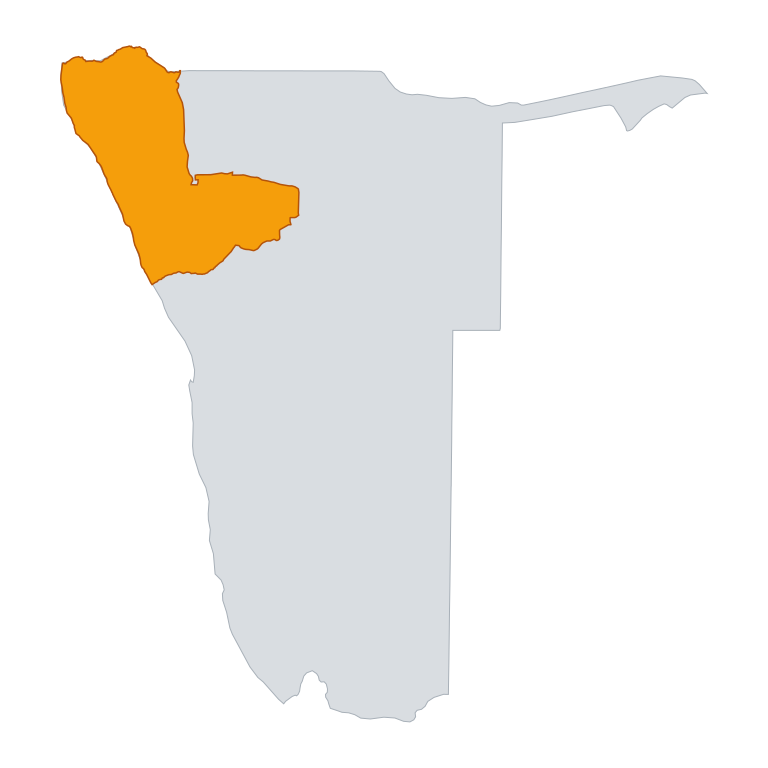 Kunene on a map of Namibia (Natural Earth projection)
{"feature_id": "NAM-3347", "entity_name": "Kunene", "entity_type": "Region", "adm_level": 1, "iso_a3": "NAM", "parent_name": "Namibia", "parent_adm1": "", "projection": "natural_earth1", "projection_center": [13.973, -19.069], "detail": "fine", "context": "in_parent", "style": "filled", "palette": "amber", "viewbox_px": 768, "rotation_deg": 0, "n_neighbors": 0, "source": "natural_earth", "source_scale": "10m", "svg_char_len": 7647}
<svg xmlns="http://www.w3.org/2000/svg" viewBox="0 0 768 768"><path d="M617.7,84.9L627.9,82.6L637.7,80.3L649.1,78.1L658.2,76.4L660.5,75.9L682.3,78.0L691.9,79.4L695.1,80.8L699.4,84.5L707.2,93.5L705.2,93.1L690.5,95.0L684.9,97.5L672.2,108.1L669.6,106.7L666.6,104.5L664.1,103.9L658.6,106.4L653.1,109.5L647.0,113.8L641.9,118.0L640.3,120.3L632.3,129.0L629.8,130.4L627.5,131.0L626.6,130.6L625.7,126.9L621.0,118.1L613.5,106.6L611.2,105.5L609.7,105.1L604.0,105.6L587.4,108.9L573.4,111.6L551.9,116.3L528.9,120.1L514.7,122.4L502.4,123.0L502.3,134.4L502.1,157.4L501.8,180.3L501.6,203.3L501.4,226.3L501.1,249.3L500.9,272.2L500.7,295.2L500.4,318.2L500.3,328.3L499.8,330.4L492.8,330.4L477.0,330.4L463.6,330.4L452.8,330.4L452.7,344.1L452.5,360.2L452.3,376.4L452.2,392.6L452.0,408.7L451.8,424.9L451.7,441.1L451.5,457.2L451.3,473.4L451.2,485.6L451.1,487.0L450.8,510.7L450.5,535.8L450.2,560.9L449.9,586.0L449.5,611.1L449.2,636.2L448.9,661.3L448.5,686.4L448.4,694.4L443.6,694.3L434.0,697.4L427.8,701.4L425.1,706.3L421.5,709.3L417.1,710.3L415.1,712.8L415.6,716.8L413.8,719.8L409.9,721.9L403.6,721.3L394.9,718.0L383.8,717.2L370.3,719.0L360.7,718.1L354.8,714.7L348.6,712.8L342.0,712.3L338.1,710.9L330.3,708.3L328.8,704.0L327.9,700.7L325.7,697.2L325.5,694.4L327.3,692.3L327.5,688.9L326.3,684.1L324.2,681.8L321.1,682.0L319.2,680.1L318.4,676.4L316.6,673.6L312.3,670.7L306.6,672.9L303.8,676.1L302.2,681.3L300.8,683.9L300.0,688.2L299.6,691.2L298.1,694.4L296.6,695.8L295.1,695.2L292.1,696.5L285.6,701.3L283.7,703.8L278.5,699.2L263.3,682.0L257.9,677.5L250.0,667.0L232.4,634.3L229.9,628.0L226.6,612.2L222.8,600.5L222.4,593.7L224.2,589.9L223.1,584.7L221.1,580.1L215.1,574.0L213.4,553.7L209.4,540.5L210.3,529.7L208.4,519.8L208.2,513.5L209.1,501.5L205.9,487.6L199.3,474.1L193.4,454.6L192.6,446.0L193.2,423.0L192.1,413.7L192.1,402.6L189.8,391.2L188.8,385.0L190.5,380.0L191.5,381.6L193.2,382.3L194.3,375.8L194.6,370.0L191.7,355.7L185.0,341.1L168.5,317.3L164.5,308.2L162.2,300.7L143.7,269.3L135.8,247.2L130.3,228.1L124.2,219.3L96.3,157.3L90.1,147.4L79.0,135.5L76.4,131.6L72.1,120.3L63.7,105.2L61.6,91.1L61.0,75.1L62.0,62.9L69.6,61.6L74.9,58.3L79.7,58.1L84.4,60.6L89.4,60.8L91.4,60.4L100.4,60.8L105.6,57.9L111.7,54.9L115.3,52.4L120.2,49.7L126.8,47.0L130.6,47.2L135.2,48.2L141.3,49.3L144.7,51.1L148.8,56.8L155.2,62.0L159.8,65.1L165.2,69.1L166.8,70.7L169.2,71.6L170.6,71.8L180.6,71.2L189.6,70.6L199.3,70.7L217.6,70.7L235.9,70.7L254.1,70.8L272.4,70.8L290.7,70.8L309.0,70.9L327.2,70.9L345.5,70.9L353.0,70.9L366.0,71.1L379.8,71.3L381.3,71.6L382.8,72.7L384.1,73.7L388.9,80.9L395.0,88.4L400.2,92.0L406.3,94.0L412.1,94.8L417.5,94.3L426.4,95.3L438.9,97.7L451.9,98.4L465.4,97.4L474.9,98.8L480.3,102.4L485.9,104.9L491.6,106.2L499.4,105.4L509.2,102.6L517.6,103.0L521.4,105.1L523.7,105.1L538.1,102.2L549.7,99.8L567.1,96.0L581.4,92.8L602.7,88.2L617.7,84.9Z" fill="#d9dde1" stroke="#a8b0b8" stroke-width="1"/><path d="M129.9,46.1L130.8,46.8L131.5,46.4L131.8,46.8L132.1,47.3L132.6,47.6L133.7,47.8L134.3,47.8L134.8,47.6L134.8,48.0L136.0,47.4L136.7,47.2L137.1,47.4L137.4,47.4L138.5,47.1L139.4,46.8L140.2,47.2L141.9,48.5L142.8,48.8L143.9,48.9L144.9,49.4L145.6,50.2L146.3,52.4L147.0,53.2L147.4,54.1L146.9,55.7L151.0,58.2L155.2,62.1L159.8,65.0L164.3,67.9L164.9,68.5L167.0,71.8L167.7,72.4L168.9,72.7L169.4,72.5L170.2,72.0L170.6,71.9L171.2,71.9L172.1,72.2L173.1,72.4L173.9,72.7L174.4,72.7L175.0,72.5L175.7,72.0L176.0,71.9L178.1,72.3L179.2,72.1L179.6,70.9L179.7,70.7L180.2,70.7L180.3,70.7L180.2,71.9L180.1,72.4L180.4,72.8L180.1,73.8L179.2,75.7L178.8,76.9L177.3,79.4L176.3,80.7L176.4,82.2L178.4,83.5L178.7,84.8L178.5,86.3L178.3,87.4L177.9,88.3L177.0,89.4L177.6,92.0L182.3,102.7L183.6,109.6L184.4,130.6L184.0,138.5L184.2,142.4L186.2,149.1L187.5,152.2L188.3,155.4L187.5,161.1L187.1,166.9L189.1,173.5L190.1,175.0L191.4,176.2L192.5,178.2L192.7,180.7L192.2,181.6L191.6,182.4L191.1,184.7L197.1,184.9L198.0,182.8L198.1,179.8L195.4,179.9L195.2,177.5L195.3,175.3L197.5,174.8L210.7,174.7L221.6,173.0L224.6,173.7L227.4,173.9L232.5,172.2L232.4,175.2L241.2,175.1L243.0,174.9L244.9,175.2L250.9,176.9L254.9,177.4L256.7,177.3L258.4,177.7L262.1,180.0L267.9,181.0L271.2,181.9L273.9,182.3L280.3,184.4L289.1,185.9L292.0,185.9L295.0,186.8L297.8,188.5L298.4,189.1L298.5,190.0L298.9,192.4L298.3,213.0L298.7,215.2L296.0,217.2L294.7,217.6L290.5,217.6L290.2,217.7L290.1,217.9L290.0,221.1L290.1,221.6L290.8,224.1L290.9,224.6L290.6,224.7L290.1,224.8L288.7,224.7L280.2,229.5L279.7,230.1L279.5,230.5L279.6,235.0L279.8,237.0L279.8,237.6L279.7,238.3L279.5,239.0L278.9,239.5L278.3,240.0L277.6,240.3L276.8,240.5L276.1,240.4L275.3,239.7L274.6,239.5L273.9,239.4L273.3,239.5L272.9,239.7L270.5,240.9L270.0,241.0L267.1,241.0L266.6,241.1L263.3,242.6L261.7,243.8L261.1,244.5L258.0,248.4L257.3,249.0L254.4,250.4L253.7,250.6L253.0,250.5L249.1,249.6L245.8,249.4L243.7,248.9L241.7,248.1L240.7,247.6L240.0,246.9L239.6,246.3L239.3,245.9L238.9,245.6L235.5,245.2L235.1,245.7L234.8,246.4L233.6,247.8L231.0,251.8L230.6,252.1L224.0,259.0L223.5,259.7L223.2,260.5L223.0,260.8L220.7,262.3L219.7,262.9L217.1,265.2L216.7,265.8L216.4,266.0L215.6,266.4L215.4,266.5L215.0,267.4L214.8,267.7L214.5,267.9L214.2,268.0L213.7,268.3L213.5,268.7L213.3,269.1L213.1,269.3L212.9,269.5L212.3,269.6L211.4,269.6L211.1,269.7L210.9,269.8L209.8,270.8L208.7,271.5L208.3,271.8L207.8,272.5L207.5,272.7L207.2,272.9L206.8,273.0L206.0,273.3L204.7,273.9L204.4,274.0L203.4,274.0L203.0,274.1L202.3,274.3L202.0,274.3L200.5,274.1L197.8,274.1L197.5,274.1L195.7,273.2L195.4,273.1L195.0,273.1L194.6,273.2L194.0,273.4L192.7,273.4L191.5,273.6L191.2,273.6L191.0,273.4L190.0,272.6L189.7,272.4L187.4,272.1L186.2,272.4L183.8,273.3L183.5,273.4L183.2,273.4L182.9,273.3L182.6,273.2L179.6,271.8L179.3,271.7L178.8,271.7L178.0,271.9L177.5,272.1L177.1,272.3L176.6,272.7L176.2,272.9L175.9,273.0L174.6,273.1L173.5,273.3L172.9,273.6L171.6,274.4L171.2,274.5L168.8,274.7L165.2,276.1L164.3,276.9L163.6,277.7L163.3,277.8L162.5,277.9L162.2,278.1L162.1,278.3L161.9,278.7L161.7,279.1L161.5,279.3L161.0,279.4L160.4,279.4L158.8,279.9L158.4,280.1L158.2,280.3L157.7,281.1L157.2,281.6L156.8,281.8L155.2,282.5L152.1,284.6L150.9,283.0L146.7,274.5L144.7,271.5L144.1,269.4L143.4,268.6L142.1,267.5L141.2,265.5L140.7,263.7L140.2,259.0L138.9,254.0L134.8,245.0L133.6,240.1L133.4,237.7L132.4,233.1L130.7,228.4L129.6,226.4L127.7,225.7L125.6,224.1L124.0,221.1L122.5,214.1L118.8,206.1L118.3,204.5L116.3,201.5L112.8,194.3L112.4,193.0L111.9,192.2L110.7,189.4L110.3,188.8L108.1,184.5L107.5,182.7L107.2,181.7L106.9,179.1L106.4,177.9L104.9,175.6L103.9,173.6L101.6,167.2L100.6,165.4L99.1,163.5L97.4,162.0L96.9,161.3L96.4,157.2L95.9,156.0L88.1,144.4L82.8,140.4L80.4,137.5L80.1,137.2L79.3,135.8L78.8,135.5L78.3,135.2L76.0,133.5L75.2,130.6L75.0,129.6L74.4,127.8L74.3,127.2L74.3,126.6L74.3,126.0L74.4,125.5L73.3,123.7L71.4,118.2L71.1,117.8L67.2,113.2L66.4,110.6L66.1,107.3L65.2,104.6L64.7,102.6L64.0,97.2L62.9,93.1L62.2,87.3L61.6,84.4L61.2,82.6L60.8,79.6L61.0,75.2L62.5,63.8L63.1,63.1L63.7,63.2L64.5,63.7L65.0,63.8L65.7,63.7L66.0,63.5L66.1,63.1L66.4,62.6L67.2,62.0L69.2,60.9L71.5,59.0L73.4,57.9L75.6,57.2L77.8,56.9L78.1,56.8L78.4,56.7L78.8,56.7L79.3,57.1L80.9,57.6L81.4,57.5L81.7,57.2L81.9,57.1L82.4,57.2L82.7,57.5L82.8,57.9L82.9,58.4L83.1,58.8L83.3,59.1L83.8,59.5L84.3,59.8L84.8,60.0L85.3,60.2L85.5,60.7L85.7,61.3L85.8,61.5L89.3,61.1L92.4,61.2L93.0,60.9L93.7,60.3L94.2,60.3L95.3,61.0L96.2,61.4L99.0,61.7L100.7,62.1L101.3,62.0L102.5,61.4L104.6,59.2L105.8,58.8L107.0,58.6L107.9,58.1L109.6,56.5L111.7,55.3L113.3,54.7L113.6,54.3L114.0,53.4L114.5,53.0L114.8,52.8L115.7,52.5L116.1,52.2L116.3,51.7L116.4,51.1L116.6,50.5L117.7,50.2L118.7,49.6L120.2,49.2L122.7,47.6L127.8,46.6L128.9,46.2L129.9,46.1Z" fill="#f59e0b" stroke="#b45309" stroke-width="1.5"/></svg>